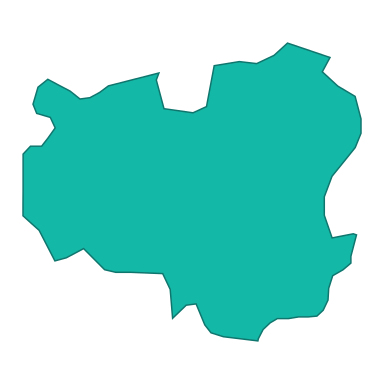 Hongseong-gun, South Chungcheong, South Korea
{"feature_id": "91817680B43357769940671", "entity_name": "Hongseong-gun", "entity_type": "district", "adm_level": 2, "iso_a3": "KOR", "parent_name": "South Korea", "parent_adm1": "South Chungcheong", "projection": "equal_earth", "projection_center": [126.624, 36.558], "detail": "fine", "context": "isolated", "style": "filled", "palette": "teal", "viewbox_px": 384, "rotation_deg": 0, "n_neighbors": 0, "source": "geoboundaries", "source_scale": "gbopen_adm2", "svg_char_len": 1012}
<svg xmlns="http://www.w3.org/2000/svg" viewBox="0 0 384 384"><path d="M158.9,73.0L108.4,85.9L99.7,92.4L89.9,97.7L80.0,99.0L70.1,91.1L57.7,84.6L47.8,79.3L38.0,87.2L33.0,104.2L36.7,113.4L50.3,117.4L55.2,127.9L47.8,138.3L41.6,146.2L30.5,146.2L23.1,154.1L23.1,169.8L23.1,190.8L23.0,204.0L23.0,215.8L31.7,223.7L39.1,230.3L54.9,260.9L66.3,257.8L83.6,248.6L104.6,269.7L115.7,272.3L130.6,272.3L162.7,273.6L170.2,289.4L172.6,318.3L186.2,305.2L196.1,303.9L204.8,324.9L211.0,332.8L223.3,336.7L257.9,340.9L258.3,338.8L263.1,329.5L270.2,322.8L277.3,318.6L288.4,318.6L298.7,316.9L308.2,316.9L316.9,316.1L323.2,310.2L328.0,300.1L328.7,288.3L332.7,275.7L343.0,269.8L350.9,263.1L350.9,256.3L356.5,234.9L353.3,233.8L332.1,237.9L324.3,215.3L324.3,196.8L332.0,176.3L343.6,162.0L355.2,147.6L361.0,133.3L361.0,118.9L355.1,96.4L337.8,86.1L322.3,71.8L330.0,57.5L287.5,43.1L274.0,55.4L256.7,63.6L239.3,61.6L214.2,65.7L206.5,106.6L193.0,112.8L164.0,108.7L156.3,80.0L158.9,73.0Z" fill="#14b8a6" stroke="#0f766e" stroke-width="1.5"/></svg>